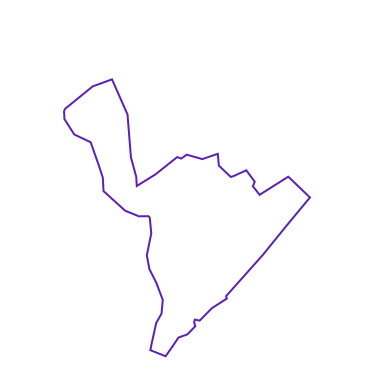 Northumberland, Pennsylvania, United States of America, rotated 335°
{"feature_id": "52423323B19927434270146", "entity_name": "Northumberland", "entity_type": "district", "adm_level": 2, "iso_a3": "USA", "parent_name": "United States of America", "parent_adm1": "Pennsylvania", "projection": "equal_earth", "projection_center": [-76.752, 40.89], "detail": "fine", "context": "isolated", "style": "outline", "palette": "violet", "viewbox_px": 384, "rotation_deg": 335, "n_neighbors": 0, "source": "geoboundaries", "source_scale": "gbopen_adm2", "svg_char_len": 883}
<svg xmlns="http://www.w3.org/2000/svg" viewBox="0 0 384 384"><g transform="rotate(335 192 192)"><path d="M167.1,56.1L146.6,54.3L112.8,62.8L111.6,63.3L111.2,63.8L110.1,64.9L109.7,65.7L109.6,66.3L107.2,71.9L109.6,90.1L121.2,104.1L118.7,129.2L117.2,141.4L112.2,153.8L123.5,180.7L133.6,191.6L142.3,195.5L142.9,197.4L137.6,212.3L124.3,230.3L120.8,243.9L121.3,259.0L119.9,277.5L113.0,289.3L104.2,295.6L91.0,312.8L87.4,317.8L98.7,329.7L110.6,322.8L118.2,318.2L127.6,319.1L138.3,315.0L138.8,311.1L140.6,308.8L144.6,311.8L160.9,305.7L178.5,303.3L178.9,300.8L229.7,278.9L263.8,262.3L296.6,246.8L285.7,218.8L252.1,223.1L249.6,212.6L253.2,209.1L250.4,195.3L242.2,195.2L237.1,195.2L233.5,194.8L227.5,179.4L231.5,168.3L215.2,166.5L202.9,155.9L196.5,157.2L193.3,154.1L166.3,160.6L144.5,163.2L147.9,154.6L151.3,134.8L166.3,94.5L167.1,56.1Z" fill="none" stroke="#5b21b6" stroke-width="2"/></g></svg>